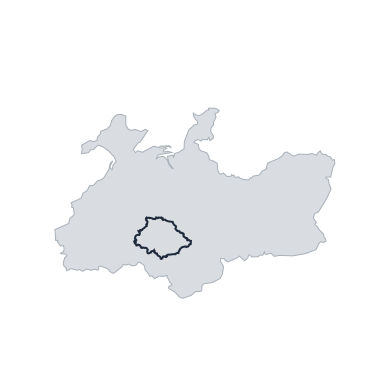 Poltava highlighted on a map of Ukraine, rotated 161°
{"feature_id": "UKR-330", "entity_name": "Poltava", "entity_type": "Region", "adm_level": 1, "iso_a3": "UKR", "parent_name": "Ukraine", "parent_adm1": "", "projection": "albers", "projection_center": [33.89, 49.646], "detail": "fine", "context": "in_parent", "style": "outline", "palette": "slate", "viewbox_px": 384, "rotation_deg": 161, "n_neighbors": 0, "source": "natural_earth", "source_scale": "10m", "svg_char_len": 8632}
<svg xmlns="http://www.w3.org/2000/svg" viewBox="0 0 384 384"><g transform="rotate(161 192 192)"><path d="M257.1,257.2L261.3,263.4L264.7,266.5L266.5,266.6L271.2,264.3L274.3,264.9L277.0,262.9L284.0,264.1L282.0,268.1L281.1,272.2L272.1,274.0L268.7,271.7L265.1,271.8L263.2,274.8L259.7,276.9L258.5,279.2L252.1,279.2L247.8,281.3L244.5,285.8L240.9,288.6L238.0,289.5L233.5,288.4L229.9,285.4L232.8,276.8L231.8,272.1L229.0,269.9L225.4,269.7L220.8,265.9L215.5,266.3L213.8,264.4L224.8,256.1L227.2,255.8L233.8,251.4L232.6,247.7L229.8,248.6L225.9,245.7L213.5,247.8L206.1,243.3L202.7,242.7L201.8,241.6L205.4,240.7L205.8,239.1L200.8,238.0L198.2,235.9L211.8,238.2L215.5,234.8L211.7,236.0L207.9,235.1L206.5,233.9L204.9,230.4L204.9,225.6L203.4,221.2L202.1,219.8L204.5,226.9L203.6,233.7L197.9,233.2L198.5,230.4L195.7,234.0L191.2,233.9L185.4,235.5L182.7,242.4L174.8,251.8L167.8,254.7L165.5,254.1L164.5,254.8L163.9,257.8L165.0,259.3L165.7,264.1L165.2,266.2L163.0,263.3L160.2,262.0L157.1,262.2L151.2,264.6L149.3,264.0L149.4,265.4L148.8,265.8L143.6,264.0L141.4,262.5L139.8,259.8L141.5,258.8L144.8,258.5L144.9,254.9L149.3,250.7L149.6,248.6L153.4,246.1L154.6,243.0L153.6,238.4L154.2,236.1L158.2,234.7L158.3,238.3L159.1,238.0L160.1,236.3L165.2,238.2L166.9,237.1L168.9,239.6L173.0,239.2L174.0,238.1L170.6,235.1L171.2,230.6L170.2,228.0L165.3,224.4L164.5,220.3L165.2,216.8L162.7,215.3L158.8,211.1L160.5,204.2L160.4,201.5L159.4,199.4L156.0,199.6L153.9,195.3L150.0,194.2L148.7,195.6L148.2,194.2L146.8,194.2L147.1,192.5L146.2,191.8L142.9,191.1L142.2,189.5L138.9,186.9L134.6,185.0L132.1,186.3L131.1,185.8L129.2,187.1L123.0,186.2L119.0,188.9L113.8,189.8L113.1,192.0L110.9,194.7L99.3,195.5L94.2,197.1L92.5,198.8L89.4,199.1L84.9,193.3L83.4,192.7L78.3,193.0L70.3,189.8L66.0,189.3L62.0,186.3L60.3,188.1L57.2,189.1L57.2,187.1L56.1,184.9L53.1,183.9L52.4,182.0L49.8,180.3L48.8,176.4L46.9,176.2L47.7,172.2L50.6,169.8L55.9,161.0L60.6,162.5L60.8,161.5L58.9,159.0L59.8,156.1L59.4,150.0L60.5,148.5L66.7,142.1L78.9,132.0L83.0,131.7L85.2,129.0L85.6,126.9L84.3,122.6L86.5,121.4L86.4,120.7L84.9,118.9L83.7,114.1L81.2,109.2L81.8,107.2L81.0,104.0L81.4,101.8L84.2,101.5L86.5,103.1L89.4,101.5L93.6,97.1L104.4,96.8L117.2,98.7L129.7,103.5L135.2,104.4L137.2,108.4L141.9,108.7L143.1,109.5L143.1,111.8L145.7,109.2L148.0,110.2L150.7,109.3L156.9,111.3L157.5,113.5L158.8,114.1L160.7,111.6L164.7,109.8L168.1,116.0L171.3,114.9L180.6,114.3L182.8,116.4L183.1,118.2L186.3,119.8L187.7,117.7L186.5,111.7L187.3,109.5L190.1,104.5L193.7,101.0L202.7,99.8L210.9,101.4L213.4,99.9L214.7,96.0L215.8,95.2L221.3,96.6L226.5,94.5L235.3,94.5L238.1,96.8L241.0,103.4L245.3,108.3L245.1,109.9L241.1,110.8L241.1,111.6L242.4,113.9L242.8,118.5L243.5,119.1L242.6,121.2L246.9,121.6L250.3,123.2L255.7,122.3L257.2,125.8L259.6,126.2L259.6,128.5L261.7,133.9L261.0,136.8L261.3,138.5L264.2,142.6L265.5,143.2L268.9,140.9L272.4,141.5L275.5,144.5L278.5,144.4L280.5,146.1L282.6,144.0L292.8,140.6L295.5,143.4L295.9,145.3L297.6,147.8L303.2,152.1L304.8,151.6L305.2,149.4L306.4,148.7L309.5,150.7L312.7,150.8L317.1,153.6L321.1,152.6L323.4,155.2L325.9,155.4L331.2,158.8L336.0,158.3L335.9,161.9L337.1,163.3L337.1,166.2L334.0,171.1L330.8,172.7L332.1,174.9L336.0,176.2L336.3,176.9L332.9,177.5L331.6,179.3L330.9,183.0L334.1,183.9L335.3,188.3L334.8,189.8L336.6,190.5L333.8,201.1L318.8,202.4L316.1,206.8L311.7,208.4L310.4,209.7L309.3,215.6L310.7,216.7L309.5,219.2L309.9,221.2L298.7,222.3L295.5,226.3L290.6,227.5L286.5,231.6L284.7,230.5L282.5,230.6L277.9,233.3L273.6,233.2L270.3,234.4L263.2,240.5L260.0,245.7L256.8,247.3L261.2,243.0L261.4,240.8L260.3,239.1L257.6,243.4L253.9,245.3L254.1,250.3L257.1,257.2ZM208.0,245.9L198.1,243.1L197.3,240.3L199.4,242.8L208.0,245.9Z" fill="#d9dde1" stroke="#a8b0b8" stroke-width="1"/><path d="M219.4,143.1L220.8,142.4L221.0,142.3L221.6,142.2L221.8,142.1L222.1,141.6L222.2,141.4L222.6,141.1L222.9,141.1L223.0,140.9L223.1,140.6L223.3,140.4L223.5,140.3L223.9,140.1L224.1,139.9L224.7,138.7L225.3,139.1L226.8,139.2L227.0,139.1L227.1,138.9L227.4,138.7L227.8,138.6L228.2,138.6L228.5,138.8L229.0,139.1L233.8,140.1L235.0,140.6L235.4,140.5L235.8,140.4L236.5,140.3L236.9,140.2L236.3,139.7L236.4,139.4L237.2,139.1L237.7,138.9L238.0,139.0L238.4,139.5L238.9,139.9L240.1,140.4L240.3,140.4L240.3,140.1L240.4,139.9L240.6,139.8L241.0,139.9L241.2,139.7L241.2,139.4L241.6,139.3L241.9,139.1L242.2,139.0L242.4,139.0L242.5,138.9L242.6,138.7L243.2,138.9L243.3,139.0L243.2,139.6L243.2,140.8L243.3,141.0L243.4,141.3L243.7,141.8L244.3,142.4L245.0,143.0L245.2,143.5L245.1,144.0L245.0,144.3L245.1,145.0L245.1,145.3L245.3,145.5L245.5,145.5L245.6,145.3L245.8,145.2L246.0,145.3L246.2,145.8L246.4,146.0L246.5,146.3L247.1,146.8L247.2,147.0L247.3,147.1L247.3,147.3L247.3,147.5L247.2,147.7L247.0,147.9L246.7,147.9L246.6,148.0L246.5,148.4L246.5,148.5L246.8,148.9L246.8,149.0L246.8,149.3L247.2,149.0L247.8,148.9L249.3,149.1L249.9,149.1L250.0,149.0L250.1,148.9L250.2,148.4L250.3,148.3L250.4,148.2L250.5,148.2L250.9,148.5L251.0,148.5L251.3,148.4L251.7,148.1L252.1,148.0L253.6,148.3L253.8,148.6L253.8,150.0L253.7,150.5L252.9,151.4L252.6,151.9L252.9,152.6L253.0,153.3L253.1,153.5L253.4,153.9L253.5,154.0L253.9,154.2L254.1,154.4L254.4,154.5L254.6,154.6L255.3,154.6L255.5,154.7L255.8,155.1L256.8,155.6L257.1,155.6L257.4,155.4L257.5,155.4L257.8,155.5L258.1,155.7L258.2,155.9L258.3,156.3L258.2,157.0L258.2,157.3L258.4,157.8L258.4,158.0L258.5,158.2L258.9,158.4L258.9,158.5L259.0,158.6L259.0,159.0L259.6,159.2L259.7,159.3L259.7,159.5L259.8,159.6L260.7,159.9L260.9,159.9L261.0,159.9L261.1,159.6L261.2,159.4L261.8,159.4L262.0,159.5L262.0,160.0L261.8,160.2L261.8,160.3L261.9,160.6L262.7,162.0L262.8,162.3L262.8,162.5L262.7,162.6L262.4,162.7L261.6,162.7L261.5,162.8L261.6,163.0L261.9,163.2L262.2,163.5L262.5,163.7L262.7,163.8L262.8,164.0L262.7,164.1L262.3,164.2L262.1,164.5L261.1,164.3L260.9,164.3L260.4,164.4L260.3,164.7L260.3,165.0L260.5,165.5L260.9,165.8L261.0,166.0L260.9,166.1L261.1,166.5L260.7,167.2L260.3,167.9L259.8,168.5L259.6,168.7L258.7,169.1L258.4,169.2L256.8,169.1L256.5,169.0L256.4,168.8L256.2,168.6L255.9,168.5L254.9,169.5L254.7,170.0L254.6,170.3L254.7,170.5L255.0,171.1L255.2,171.8L255.3,172.0L255.2,172.2L255.2,172.4L254.7,172.1L254.2,171.9L254.0,172.0L253.9,172.2L253.8,172.6L253.7,172.8L253.3,172.9L253.1,172.8L253.1,172.7L253.4,172.4L253.3,172.2L252.8,172.0L252.7,172.0L252.4,172.2L252.0,172.2L251.6,172.3L251.3,172.7L251.0,172.9L249.7,173.3L249.2,173.4L246.3,174.7L246.1,174.6L245.9,174.6L245.9,175.1L245.9,175.3L245.7,175.6L245.4,175.8L245.0,176.1L244.9,176.3L245.0,176.5L245.3,176.6L245.1,176.8L244.9,176.9L244.6,177.0L244.4,177.2L244.2,177.4L244.0,178.1L243.9,178.4L243.8,178.6L243.8,178.9L243.8,179.2L244.4,179.8L244.5,180.0L244.5,180.4L244.4,180.6L244.2,180.7L243.9,181.1L243.8,181.4L243.9,181.5L244.2,181.8L244.0,182.1L243.7,182.4L243.2,182.7L242.5,182.1L242.0,181.8L241.2,181.7L240.9,181.6L240.5,181.2L240.2,181.3L240.0,181.2L238.2,180.0L238.1,179.8L237.8,179.3L237.7,179.2L237.4,179.0L237.1,179.0L236.6,179.0L236.3,178.9L235.8,178.4L235.3,178.5L235.2,178.7L234.7,178.7L234.5,178.8L234.4,179.0L234.3,179.5L234.2,179.6L234.0,179.3L233.8,179.0L233.5,178.7L232.9,178.4L232.7,178.4L232.5,178.8L232.3,178.9L232.1,178.9L231.9,178.7L231.7,178.6L231.0,178.3L230.6,177.9L230.1,177.7L229.9,177.6L229.7,177.6L229.6,177.9L229.5,178.0L229.4,178.0L229.2,177.7L228.9,177.5L228.5,177.0L228.2,176.7L228.3,176.4L228.4,175.9L228.7,175.8L228.9,175.7L228.8,175.4L228.3,175.2L228.2,175.1L228.2,174.9L226.6,174.7L226.4,174.6L226.2,174.3L226.1,174.0L225.7,173.4L224.0,172.0L220.0,170.0L220.1,168.8L220.1,168.4L220.0,168.2L219.4,166.4L218.6,165.3L218.4,165.1L218.3,164.8L218.3,164.7L218.9,163.5L219.1,163.3L219.4,163.1L219.5,163.0L219.6,162.8L219.6,162.4L219.5,161.8L219.4,161.6L219.0,161.3L218.9,161.2L218.8,160.9L218.7,160.2L218.6,159.9L216.9,159.2L216.7,159.0L216.6,158.8L216.7,158.2L216.7,157.8L216.6,157.5L216.1,157.1L215.9,157.1L215.7,157.2L215.4,156.8L215.1,156.5L214.7,156.6L214.2,156.1L213.6,155.1L213.5,154.7L213.7,154.4L214.0,154.5L214.2,154.4L214.2,154.2L214.2,153.7L214.4,152.9L214.4,152.6L214.3,152.4L213.8,152.1L213.0,150.5L212.9,150.4L212.6,150.5L212.1,150.3L211.9,150.2L211.5,149.0L211.5,148.8L212.1,148.6L212.2,148.4L212.2,148.1L212.2,147.9L211.9,147.7L211.4,148.1L211.2,148.0L210.9,147.6L210.7,147.5L210.4,147.4L210.1,147.2L210.0,146.8L209.7,146.3L209.6,146.1L209.5,145.8L209.1,145.8L209.5,145.1L209.5,144.6L209.8,144.2L210.2,143.1L211.2,143.1L211.4,143.3L211.7,143.2L211.8,143.1L212.0,142.9L212.3,142.4L212.5,142.2L213.5,141.7L213.9,141.7L214.1,141.8L214.4,142.1L214.5,142.1L215.0,141.8L215.3,141.8L215.5,141.8L215.8,142.5L216.3,142.8L217.9,142.9L218.5,142.8L218.8,143.0L219.4,143.1Z" fill="none" stroke="#1e293b" stroke-width="2"/></g></svg>